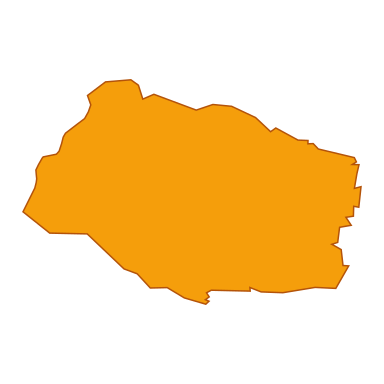 outline of Vrapchishte, Vrapcište, North Macedonia
{"feature_id": "65306769B7593203088025", "entity_name": "Vrapchishte", "entity_type": "district", "adm_level": 2, "iso_a3": "MKD", "parent_name": "North Macedonia", "parent_adm1": "Vrapcište", "projection": "robinson", "projection_center": [20.844, 41.875], "detail": "fine", "context": "isolated", "style": "filled", "palette": "amber", "viewbox_px": 384, "rotation_deg": 0, "n_neighbors": 0, "source": "geoboundaries", "source_scale": "gbopen_adm2", "svg_char_len": 1001}
<svg xmlns="http://www.w3.org/2000/svg" viewBox="0 0 384 384"><path d="M87.5,95.5L90.8,104.9L88.3,112.0L84.6,118.6L77.6,123.9L65.5,133.2L64.2,135.4L63.2,137.2L61.6,143.6L59.1,151.2L56.4,154.2L49.6,155.6L43.2,156.9L42.2,158.1L38.5,164.6L35.9,170.0L36.3,174.9L36.7,178.9L36.2,182.6L34.8,188.1L23.0,211.8L49.7,233.1L87.2,233.9L124.0,268.9L137.2,273.8L150.3,288.0L167.2,287.6L184.3,297.9L205.8,304.2L209.0,301.2L205.4,299.7L209.2,296.9L206.5,292.8L211.3,290.2L250.2,291.1L249.9,287.5L261.1,291.9L282.9,292.7L315.1,287.4L335.8,288.4L348.7,265.9L343.0,265.5L341.2,249.6L331.8,244.3L337.7,242.4L339.6,227.3L351.2,225.3L345.9,217.3L353.4,216.2L353.7,206.3L358.8,207.2L361.0,186.7L354.4,188.4L356.9,173.7L359.0,164.7L352.3,164.5L356.4,161.9L354.3,157.6L318.3,149.0L313.2,143.6L307.9,143.8L308.0,140.5L298.0,140.1L275.8,128.0L270.6,131.7L255.6,117.6L231.6,106.3L212.9,104.5L196.2,110.1L153.9,94.3L142.8,99.1L138.4,85.2L130.9,79.8L105.5,81.9L87.5,95.5Z" fill="#f59e0b" stroke="#b45309" stroke-width="1.5"/></svg>